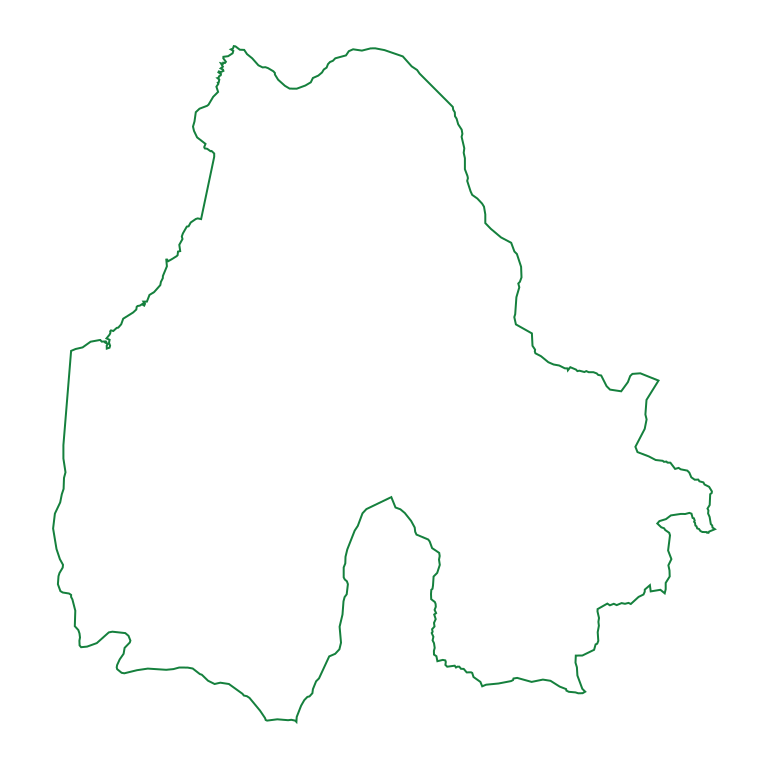 Tumbaya, Jujuy, Argentina
{"feature_id": "61730980B96811087093060", "entity_name": "Tumbaya", "entity_type": "district", "adm_level": 2, "iso_a3": "ARG", "parent_name": "Argentina", "parent_adm1": "Jujuy", "projection": "mercator", "projection_center": [-65.57, -23.715], "detail": "fine", "context": "isolated", "style": "outline", "palette": "green", "viewbox_px": 768, "rotation_deg": 0, "n_neighbors": 0, "source": "geoboundaries", "source_scale": "gbopen_adm2", "svg_char_len": 6019}
<svg xmlns="http://www.w3.org/2000/svg" viewBox="0 0 768 768"><path d="M305.4,85.5L296.7,88.7L289.6,88.6L284.9,85.8L278.1,79.7L274.9,74.5L274.9,73.0L273.4,71.3L268.0,68.1L265.4,67.2L262.6,67.4L258.4,65.3L252.2,58.3L247.0,54.1L244.2,49.9L239.8,49.7L235.5,46.4L233.8,46.1L232.9,48.6L230.9,49.4L233.3,50.9L232.6,53.3L228.1,56.2L223.4,56.8L223.3,58.3L225.9,61.8L224.9,63.0L223.2,62.7L222.9,63.8L220.9,63.3L222.9,66.7L220.7,68.4L223.0,69.6L223.4,70.9L220.8,72.1L218.9,71.4L218.4,72.3L221.0,74.0L220.7,75.3L218.9,76.4L218.7,77.8L217.5,78.1L219.3,79.6L218.7,82.4L217.8,82.7L218.3,83.9L216.4,86.7L218.1,91.9L213.2,96.8L208.5,104.7L207.1,105.8L199.5,108.7L195.8,112.2L194.5,121.4L193.0,126.6L194.0,130.9L197.1,137.4L205.5,143.9L204.2,147.1L204.8,148.4L207.2,148.8L210.5,151.2L211.6,151.0L214.2,153.5L214.2,156.8L201.1,219.1L197.7,218.4L195.8,219.0L190.7,222.5L188.6,226.3L186.8,226.6L182.9,233.4L181.8,236.5L182.5,239.0L179.3,244.8L180.2,251.1L178.0,251.6L177.6,255.2L176.7,256.1L171.6,259.3L168.2,261.2L167.0,259.5L166.3,259.6L166.9,266.3L162.9,276.0L162.8,278.2L160.9,281.9L160.3,285.1L154.1,292.1L149.5,294.9L146.9,301.6L143.5,301.6L145.0,303.8L144.2,305.6L143.1,305.0L142.8,303.7L139.9,305.6L137.6,306.0L136.7,306.8L136.3,309.5L133.1,312.5L123.2,318.7L121.2,324.3L118.3,327.6L116.7,327.9L113.3,331.0L111.0,330.4L110.2,331.3L110.4,332.8L109.6,334.6L106.5,338.4L109.6,339.8L109.0,342.7L110.1,345.7L109.5,347.7L106.8,348.6L106.7,345.7L107.8,344.0L105.5,342.7L106.3,342.1L105.8,341.4L101.7,341.6L100.3,340.0L99.3,340.1L90.6,341.7L82.6,347.4L75.6,349.0L71.1,350.9L63.4,445.2L63.4,458.5L65.5,472.3L64.0,477.9L63.6,488.9L61.8,494.3L60.2,502.4L54.9,513.6L53.1,528.5L56.5,549.0L59.9,559.2L63.0,564.8L62.7,567.6L59.5,573.0L58.5,576.2L57.9,584.2L60.4,591.1L62.7,592.5L69.0,593.5L71.1,594.9L71.1,597.0L72.4,599.4L75.3,610.7L74.8,626.2L78.3,630.0L79.5,633.5L80.0,637.5L79.4,640.7L79.6,645.4L81.1,647.2L87.1,646.6L96.8,643.1L108.8,632.4L112.4,631.7L125.3,633.1L128.5,635.8L130.4,640.6L129.8,642.5L124.6,647.9L123.6,653.8L119.7,659.4L117.1,665.1L116.7,667.4L117.2,669.2L121.6,672.8L124.3,673.3L137.0,670.2L147.8,668.6L166.2,669.8L173.4,669.1L179.3,667.5L187.7,667.6L192.7,668.5L199.9,674.1L201.8,674.7L208.0,680.7L214.6,684.0L220.3,682.7L228.9,684.0L242.5,693.8L243.8,695.5L246.9,696.2L249.5,697.9L260.0,710.6L265.0,718.0L265.7,720.0L267.1,720.6L277.3,719.3L288.1,720.2L291.3,719.8L295.1,720.6L296.4,721.9L296.7,717.0L301.1,705.7L304.3,700.1L307.4,696.9L309.5,696.4L312.4,693.2L312.9,689.2L316.1,681.3L319.0,678.4L329.2,656.4L335.2,653.8L339.4,649.3L341.0,642.7L339.6,626.7L342.5,614.5L343.5,601.3L344.6,597.1L346.7,594.3L347.9,584.2L346.9,581.3L344.8,579.5L343.7,577.4L343.7,567.4L345.3,563.4L345.5,556.8L347.3,549.4L354.7,530.6L357.8,525.9L362.5,513.3L366.4,509.1L391.3,497.1L395.5,507.5L400.4,509.3L404.8,513.0L411.1,520.9L414.7,527.5L415.2,531.8L416.5,534.6L428.2,539.5L429.7,541.5L432.1,548.1L439.2,552.9L439.7,556.0L439.0,559.6L439.8,564.9L437.2,572.9L433.6,576.5L433.0,585.5L432.5,588.8L431.3,589.8L431.0,594.0L431.2,599.2L434.9,602.1L435.6,604.0L435.8,606.8L434.6,609.9L436.1,613.1L434.2,614.5L435.7,619.1L434.0,622.9L434.5,626.5L432.1,629.2L432.6,631.8L431.7,633.0L433.4,636.8L432.6,640.3L434.0,643.2L434.7,647.9L433.9,650.9L434.0,654.6L436.4,656.2L437.4,661.2L442.8,659.9L445.3,660.4L445.8,661.9L445.4,664.9L447.2,666.7L454.7,665.7L456.0,667.5L457.3,666.7L459.3,666.7L461.0,668.8L463.7,668.9L466.7,672.4L471.0,672.3L472.2,672.9L473.5,677.0L480.4,681.9L482.2,686.3L486.1,684.7L498.5,683.5L511.0,681.1L513.0,680.1L513.5,678.5L517.2,677.9L531.6,681.9L542.9,679.6L550.5,680.8L559.7,686.6L566.1,689.1L566.4,690.6L568.8,691.8L575.5,692.4L578.3,693.3L582.6,693.2L585.2,691.7L582.3,688.8L577.4,675.5L576.9,667.3L575.5,662.7L575.8,655.6L582.4,655.5L594.1,649.8L595.6,644.4L597.2,643.7L598.3,640.9L597.7,632.2L598.9,625.7L598.4,621.9L599.0,618.0L597.5,611.5L597.6,609.1L607.3,603.6L609.9,605.3L613.8,603.8L616.7,605.1L621.6,603.1L625.0,603.8L628.5,602.9L630.8,604.0L638.6,596.9L643.5,594.5L644.7,591.8L644.8,589.6L649.9,585.2L650.7,591.4L660.4,589.8L664.7,593.3L665.7,589.2L665.7,582.9L669.7,576.5L669.5,570.5L668.4,565.3L671.4,559.1L668.1,550.5L670.0,535.3L669.2,532.8L665.2,530.0L664.1,528.3L661.3,527.3L657.3,523.5L659.4,521.1L666.0,519.1L670.9,515.4L681.0,513.9L685.2,514.0L689.4,512.9L691.5,513.7L692.6,517.9L693.9,518.3L694.7,520.6L694.1,521.8L695.0,522.8L695.4,525.5L696.5,526.3L697.2,528.4L699.0,529.0L700.4,531.0L702.4,532.0L706.8,532.1L707.0,532.7L708.5,532.8L709.1,531.6L714.9,529.2L712.5,527.5L712.2,525.5L710.8,524.0L709.6,516.9L708.1,513.5L708.4,510.4L707.5,508.6L709.7,505.0L710.2,494.2L711.7,493.0L711.9,491.4L709.1,486.8L704.5,484.5L703.4,482.4L699.4,481.3L698.3,479.6L694.7,479.7L691.3,477.3L689.3,472.6L687.3,470.6L680.7,469.3L678.6,467.9L675.1,468.9L670.4,462.7L667.4,462.6L666.5,461.6L663.9,461.8L662.7,460.8L655.7,460.0L648.8,456.4L637.5,452.1L635.4,446.8L644.7,428.9L646.6,419.4L645.4,414.5L646.5,399.9L658.5,380.6L640.3,373.3L632.4,373.9L630.2,376.0L627.9,382.1L621.2,391.3L610.0,389.6L606.6,386.2L601.2,375.5L598.2,374.9L596.7,373.4L593.4,372.2L588.7,372.2L586.3,371.1L584.4,372.0L579.4,370.7L577.4,371.1L576.0,369.6L570.3,367.2L567.9,370.3L567.5,368.4L564.8,368.3L559.2,365.5L553.6,364.5L548.3,362.2L541.0,356.2L535.4,353.3L534.8,351.4L535.1,349.7L532.5,345.8L531.9,333.4L515.9,324.4L514.3,317.1L515.2,314.2L516.4,297.2L519.3,287.3L518.3,283.5L519.9,281.8L521.5,277.4L521.1,266.8L516.9,254.0L514.4,251.5L511.2,242.8L501.0,237.4L490.8,228.8L485.3,223.1L485.3,214.4L484.0,206.7L482.1,203.6L477.3,198.5L472.2,194.9L470.6,191.4L467.2,180.9L467.9,178.2L467.5,176.1L464.9,169.2L464.9,158.2L463.7,152.8L464.3,148.3L461.6,136.8L462.4,133.9L461.7,129.7L458.2,124.3L456.6,118.7L455.0,116.2L454.8,112.3L453.2,109.7L452.8,106.9L419.6,73.6L417.1,70.0L411.7,66.4L402.8,56.4L384.5,50.1L375.1,48.3L370.6,48.4L361.9,50.6L353.1,49.3L348.8,51.2L346.0,55.4L335.3,58.3L332.9,60.8L330.0,62.0L328.0,64.1L326.6,67.6L323.8,69.5L322.0,72.5L318.3,75.6L312.9,78.0L310.8,82.3L305.4,85.5Z" fill="none" stroke="#15803d" stroke-width="2"/></svg>